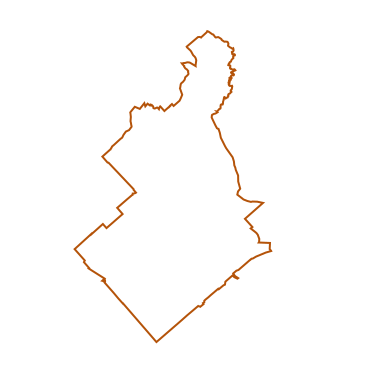 Ballarat, Victoria, Australia, rotated 220°
{"feature_id": "25037944B10145309156113", "entity_name": "Ballarat", "entity_type": "district", "adm_level": 2, "iso_a3": "AUS", "parent_name": "Australia", "parent_adm1": "Victoria", "projection": "mercator", "projection_center": [143.86, -37.519], "detail": "fine", "context": "isolated", "style": "outline", "palette": "amber", "viewbox_px": 384, "rotation_deg": 220, "n_neighbors": 0, "source": "geoboundaries", "source_scale": "gbopen_adm2", "svg_char_len": 5982}
<svg xmlns="http://www.w3.org/2000/svg" viewBox="0 0 384 384"><g transform="rotate(220 192 192)"><path d="M283.4,161.5L278.3,160.7L275.8,160.3L275.0,160.5L274.8,160.8L238.5,156.6L238.1,156.1L234.5,155.5L234.7,154.8L235.1,154.1L235.8,153.2L236.4,152.7L235.7,151.6L235.9,151.4L236.9,145.5L239.1,131.8L231.0,130.5L234.3,109.4L239.7,110.2L241.9,94.9L242.2,95.2L242.8,90.5L245.2,72.8L230.1,70.6L229.7,68.8L221.9,67.6L222.0,67.0L218.1,67.5L203.3,69.5L203.7,66.3L203.1,66.6L201.9,66.7L201.6,66.8L201.4,67.2L201.4,67.4L201.7,67.4L202.0,67.4L202.2,67.5L202.3,67.7L202.2,67.9L201.9,68.1L201.8,68.3L201.4,68.0L201.2,67.8L200.9,67.2L200.6,66.5L200.5,66.4L186.8,64.3L180.1,63.1L173.1,62.1L173.1,62.3L122.8,54.2L117.9,84.6L116.4,94.7L114.0,108.6L113.7,108.6L112.4,109.4L111.9,109.4L111.1,113.5L112.2,113.9L111.7,115.4L112.7,116.6L112.5,118.3L111.8,121.9L111.4,124.8L109.7,134.8L109.0,134.7L107.9,140.8L107.2,142.2L108.8,144.8L107.3,154.2L105.8,154.0L104.7,154.0L103.9,154.2L101.5,154.8L101.3,155.7L104.5,155.3L105.0,155.3L105.6,155.4L108.1,156.1L107.4,160.3L106.3,162.1L103.8,177.7L103.7,177.7L103.5,179.2L102.7,180.0L101.4,183.7L96.5,193.1L93.4,197.7L93.6,197.8L95.8,198.2L99.5,203.1L108.4,196.2L108.5,196.9L110.3,199.3L114.1,201.5L116.3,202.0L118.4,202.0L123.6,201.8L123.2,204.0L134.2,205.5L130.6,229.3L135.8,226.5L139.5,223.6L140.5,222.3L143.8,220.7L147.7,219.4L155.6,219.1L157.1,222.0L157.2,225.5L163.3,229.7L167.3,234.3L172.7,237.1L174.5,238.5L176.7,239.6L179.6,242.4L183.2,244.7L193.9,247.5L196.3,248.4L204.8,252.1L208.7,255.2L212.3,257.4L212.7,257.1L213.9,256.9L216.9,258.1L224.8,261.7L225.9,263.3L226.2,264.1L225.7,265.2L225.5,265.8L224.4,267.3L223.7,269.5L224.6,269.6L224.4,269.7L224.3,269.9L224.4,270.0L224.5,270.2L224.6,270.5L224.5,271.2L224.5,271.5L224.4,271.9L224.5,273.0L224.4,273.2L224.0,273.8L223.9,274.2L224.2,274.9L224.4,275.1L224.7,275.3L224.9,275.5L225.0,275.8L225.5,276.4L225.7,276.7L225.9,277.0L226.0,277.4L225.8,278.1L225.7,278.2L225.2,278.3L225.0,278.5L224.8,278.7L224.9,279.2L225.1,279.6L225.6,280.2L225.9,280.7L226.3,281.2L226.4,281.5L226.6,282.0L226.8,282.6L227.3,283.3L227.6,284.0L228.1,284.8L228.3,285.4L228.2,285.6L227.8,285.7L227.5,285.6L227.2,285.3L226.9,285.1L226.6,285.0L226.4,285.1L226.3,285.4L225.9,286.8L225.5,287.4L225.6,287.7L225.8,288.1L226.1,288.5L225.9,289.1L226.0,289.2L226.4,289.4L226.7,289.7L226.9,290.1L226.9,290.4L226.8,290.9L226.7,291.1L226.5,291.3L226.4,291.7L226.2,292.1L226.2,292.5L226.4,293.2L226.3,293.5L226.1,294.0L226.3,294.2L227.0,294.2L227.3,294.2L227.5,294.4L227.7,295.0L227.6,295.9L227.7,296.4L228.4,297.7L228.6,297.9L228.9,298.6L229.4,299.0L229.6,299.1L229.9,298.7L230.1,298.5L230.9,297.9L231.1,297.6L232.0,297.5L232.5,297.7L232.9,297.9L233.0,298.1L233.0,298.3L232.8,298.8L232.9,299.0L233.0,299.1L233.3,299.2L233.6,299.1L234.0,299.0L234.3,299.2L234.4,299.4L234.5,299.7L233.9,300.2L233.9,300.3L233.8,300.6L234.0,300.9L234.2,301.0L235.3,301.2L235.4,301.3L235.5,301.5L235.4,301.9L234.6,302.5L234.4,302.9L234.4,303.0L234.7,303.3L235.2,303.2L236.1,303.1L236.3,303.1L236.6,303.4L236.7,303.5L236.6,303.8L236.3,304.1L236.1,304.2L235.5,304.1L235.3,304.2L235.0,304.6L234.9,304.7L235.0,304.9L235.2,305.0L235.9,305.0L236.4,305.2L236.5,305.3L236.7,306.0L236.7,306.3L236.4,306.8L236.1,307.6L235.6,307.8L235.3,307.8L235.2,307.9L235.1,308.2L235.2,308.7L235.4,309.0L236.3,309.2L236.9,309.0L237.3,308.7L237.8,308.4L238.5,308.4L238.9,308.6L239.0,308.9L238.9,309.2L238.2,310.0L238.0,310.4L238.0,311.0L237.8,311.5L237.4,312.3L237.2,312.6L237.0,313.1L237.4,313.2L238.3,313.3L238.6,313.1L238.8,312.8L239.1,312.3L239.2,311.9L239.5,311.8L240.1,311.6L240.6,311.7L241.1,311.7L241.4,311.2L241.9,311.1L242.3,311.2L242.6,311.4L243.0,312.0L243.4,312.8L243.6,313.2L243.9,313.3L244.4,313.4L244.7,313.3L245.0,313.2L245.4,312.6L245.7,312.5L245.8,312.5L245.9,313.2L246.3,313.9L246.3,314.2L246.1,314.8L246.5,315.3L246.5,315.8L246.0,316.9L246.6,318.5L246.6,319.0L246.6,319.5L246.4,320.9L246.4,321.2L246.7,321.5L247.0,321.6L247.3,321.8L247.5,322.2L247.6,322.9L247.6,323.1L247.2,323.9L247.0,324.2L247.1,324.5L247.3,324.7L247.7,324.8L248.0,324.8L248.3,324.7L248.8,324.3L249.0,324.0L249.3,323.5L249.5,323.5L249.8,323.5L251.4,324.8L251.5,324.9L251.4,325.3L250.8,325.9L251.0,326.7L251.2,327.3L251.3,327.4L251.9,327.9L252.6,328.5L252.8,328.6L253.0,327.8L253.1,327.7L255.1,327.5L255.9,327.2L256.3,327.2L258.4,327.2L258.5,327.3L259.4,329.0L260.7,329.7L261.2,329.8L261.4,329.8L263.0,328.8L263.3,328.5L263.7,328.0L263.9,327.9L266.7,327.6L267.0,327.6L267.7,328.0L268.5,328.0L271.3,327.6L271.7,327.3L272.8,326.0L273.0,325.7L273.4,325.6L273.9,325.6L276.8,326.3L277.0,326.3L277.6,325.9L282.4,325.5L283.7,325.0L283.4,323.9L284.4,316.4L284.4,316.2L284.5,316.2L285.7,315.8L287.0,314.5L289.5,299.9L288.8,299.6L288.5,299.6L284.6,299.4L283.8,299.3L283.0,299.1L279.2,297.6L278.6,297.5L276.9,297.4L276.2,297.2L275.3,296.9L273.9,296.0L273.3,295.5L270.7,291.3L270.2,290.8L276.5,289.8L277.5,289.4L279.0,288.3L280.2,286.5L280.5,286.2L281.1,285.6L281.4,285.3L282.0,284.3L282.4,284.0L281.2,283.7L278.9,283.5L278.7,283.0L276.5,282.4L274.7,282.6L272.6,282.2L272.4,281.7L272.2,281.4L271.3,280.8L270.6,280.2L270.5,279.4L270.5,278.5L270.9,275.5L269.8,273.3L269.7,270.7L270.0,269.0L270.1,268.3L270.0,267.8L269.9,267.3L268.2,264.5L267.9,263.7L262.0,260.2L260.9,256.7L260.2,253.9L261.4,246.1L263.9,246.5L264.3,243.9L264.0,243.8L264.2,241.9L264.4,241.9L265.2,236.3L271.4,237.2L271.5,237.0L270.9,234.8L270.7,234.4L270.6,234.2L272.5,234.5L272.8,234.4L273.1,234.2L274.1,232.1L274.4,231.9L274.6,231.7L275.5,231.5L276.8,232.6L278.8,232.8L278.9,231.9L280.1,232.1L280.2,231.2L282.8,231.1L282.8,230.0L282.8,227.6L285.6,229.4L285.4,222.1L290.6,220.5L290.5,213.7L290.4,213.2L289.5,212.5L287.1,210.2L285.1,207.4L284.6,206.7L283.0,205.5L281.4,204.1L280.6,203.6L280.2,203.0L280.0,198.9L281.5,195.8L281.2,191.8L280.5,189.1L280.5,188.7L280.5,188.2L280.9,187.0L282.1,177.7L282.5,175.5L282.3,174.8L282.1,174.4L282.1,173.4L281.8,172.3L281.9,172.2L282.8,165.9L283.4,161.5Z" fill="none" stroke="#b45309" stroke-width="2"/></g></svg>